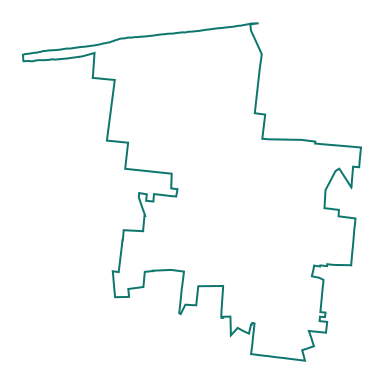 Dzemul, Yucatán, Mexico (orthographic projection)
{"feature_id": "50627088B35219806779119", "entity_name": "Dzemul", "entity_type": "district", "adm_level": 2, "iso_a3": "MEX", "parent_name": "Mexico", "parent_adm1": "Yucatán", "projection": "orthographic", "projection_center": [-89.351, 21.252], "detail": "fine", "context": "isolated", "style": "outline", "palette": "teal", "viewbox_px": 384, "rotation_deg": 0, "n_neighbors": 0, "source": "geoboundaries", "source_scale": "gbopen_adm2", "svg_char_len": 4146}
<svg xmlns="http://www.w3.org/2000/svg" viewBox="0 0 384 384"><path d="M92.7,77.9L114.8,80.0L106.9,140.6L128.1,142.7L125.2,168.8L141.3,170.5L171.7,173.7L171.2,188.4L177.5,189.2L176.2,196.5L169.4,195.9L161.4,194.9L154.0,194.1L153.4,201.5L146.2,200.8L146.8,194.3L139.2,193.1L138.8,197.3L142.3,207.7L144.7,214.2L145.2,215.9L144.5,215.8L143.4,227.6L143.2,229.5L143.2,231.2L123.7,230.2L122.9,240.1L122.5,240.0L121.9,245.7L121.9,245.8L118.7,272.1L112.8,271.3L114.3,288.8L115.1,297.2L129.1,296.9L128.3,289.0L143.4,287.0L144.5,275.3L144.8,271.9L151.9,271.1L153.0,271.1L152.9,270.7L171.2,269.9L184.0,271.6L182.4,284.5L181.8,288.6L180.4,302.7L179.2,313.2L180.7,314.0L185.4,304.7L190.3,305.0L194.1,305.2L196.2,305.3L198.3,286.2L223.1,286.0L223.0,289.2L222.6,294.7L221.7,307.7L221.5,310.7L221.3,315.6L221.4,317.9L223.1,317.9L222.9,316.8L229.9,316.6L230.4,316.6L230.6,322.5L230.9,335.3L237.7,327.9L237.8,328.0L243.4,331.1L249.0,333.6L251.0,324.6L251.8,324.7L252.3,322.9L254.5,323.4L254.6,323.5L254.3,325.8L252.9,338.1L252.7,340.7L252.5,342.8L252.1,345.9L251.9,347.8L251.5,350.4L251.4,351.9L251.2,353.1L251.1,354.1L266.2,356.0L266.5,355.9L270.0,356.4L275.8,357.2L276.0,357.2L280.4,357.7L283.2,358.0L283.4,358.0L288.8,358.7L294.4,359.4L305.0,360.7L302.2,350.2L306.2,348.9L314.0,346.2L312.7,342.5L311.6,338.8L310.9,336.7L308.9,331.0L326.0,332.7L326.1,331.5L326.7,326.6L326.9,324.5L327.2,321.9L319.6,321.1L320.0,316.7L325.0,317.1L325.5,312.6L320.4,312.1L321.7,298.5L321.8,297.3L321.9,296.1L322.3,291.7L322.4,291.4L322.6,288.8L323.0,284.9L323.3,283.2L323.3,282.9L323.5,279.9L321.3,278.8L319.6,278.0L319.3,277.8L319.0,277.7L317.7,277.4L316.5,277.2L311.9,276.3L312.2,274.7L313.1,271.2L313.5,269.3L314.1,265.6L320.1,266.5L320.3,265.4L327.0,266.1L327.2,264.2L333.6,264.9L337.2,265.0L339.7,265.0L349.4,265.2L351.2,265.3L351.2,264.9L352.1,254.5L352.5,249.9L352.7,248.8L352.9,247.1L354.1,232.3L354.5,227.5L354.9,225.2L355.1,223.1L355.4,219.5L355.5,218.5L355.3,218.4L355.2,218.4L343.9,217.0L338.6,216.3L338.9,209.9L333.8,209.3L330.0,208.8L324.5,208.2L325.5,190.2L326.1,189.0L328.7,184.1L331.6,178.6L332.0,177.8L334.6,172.8L335.5,171.1L336.7,170.3L339.3,168.7L340.3,170.2L351.4,187.5L351.5,187.2L351.6,185.7L351.7,184.3L351.8,182.8L351.9,181.3L352.1,178.5L352.3,177.0L352.4,175.6L352.5,174.1L352.6,172.7L352.7,171.2L352.9,168.9L353.1,166.7L359.2,167.2L359.8,159.5L361.0,147.5L347.2,146.3L345.0,146.1L323.2,144.3L315.1,143.5L315.3,141.6L304.8,140.3L302.0,139.9L268.9,139.3L262.3,138.8L265.2,114.6L254.8,113.2L259.7,69.2L261.5,56.4L261.8,54.2L252.4,33.6L251.0,30.5L250.3,24.5L257.4,23.4L258.7,23.3L254.7,23.4L253.1,23.5L250.8,23.6L250.2,23.8L249.1,24.0L246.3,24.6L242.9,25.2L240.7,25.7L238.3,25.8L233.2,26.7L228.2,27.2L221.4,28.0L219.3,28.2L218.4,28.2L217.7,28.3L215.7,28.5L213.7,28.9L212.5,28.9L210.5,29.3L208.5,29.5L206.7,29.7L203.6,30.2L201.4,30.5L198.1,31.1L196.8,31.0L195.8,31.2L193.9,31.4L192.2,31.6L190.5,31.7L187.5,31.9L186.0,32.3L184.8,32.5L183.3,32.3L181.3,32.5L180.2,32.6L179.6,32.6L178.7,32.8L177.5,32.9L175.6,33.2L175.0,33.2L173.9,33.5L172.4,33.5L172.0,33.6L169.8,33.7L168.7,33.7L167.1,33.8L165.2,34.2L163.5,34.2L161.3,34.5L160.1,34.5L159.3,34.7L157.6,34.9L156.3,35.1L154.3,35.4L152.6,35.7L151.9,35.7L151.1,35.8L149.1,36.0L147.0,36.3L143.1,36.6L139.5,36.8L138.8,37.0L137.0,37.1L136.2,37.1L135.6,37.1L134.5,37.1L133.5,37.3L132.7,37.5L131.5,37.6L129.8,37.5L128.7,37.7L127.7,37.7L126.6,37.9L124.3,38.4L123.1,38.4L121.9,38.5L120.9,38.6L120.2,38.8L119.5,38.9L118.3,39.4L115.8,40.1L113.8,40.9L112.4,41.4L111.0,41.7L110.1,42.2L108.5,42.5L107.2,42.7L106.0,43.1L103.6,43.4L102.1,43.8L101.0,44.1L100.1,44.4L98.1,44.7L95.9,45.2L92.2,45.7L85.5,46.6L80.0,47.1L75.2,47.8L70.5,48.5L68.6,48.5L66.3,48.6L59.7,49.7L55.1,50.1L51.5,50.3L49.6,50.4L46.9,50.7L45.3,50.9L42.6,51.2L41.0,51.8L39.0,52.1L37.0,52.6L33.4,52.9L31.2,53.3L28.9,53.7L26.3,54.0L24.4,54.2L23.7,54.6L23.0,54.8L23.1,56.4L23.2,57.9L23.2,58.9L23.4,60.4L23.5,61.2L24.9,61.2L27.1,61.0L28.1,60.9L30.7,61.2L31.9,61.4L33.1,61.2L35.3,60.6L38.9,60.1L43.2,60.2L44.5,60.2L50.4,59.7L51.3,59.4L52.5,59.3L53.6,59.5L54.8,59.6L67.0,58.5L82.2,56.4L94.5,53.0L93.1,74.3L92.7,77.9Z" fill="none" stroke="#0f766e" stroke-width="2"/></svg>